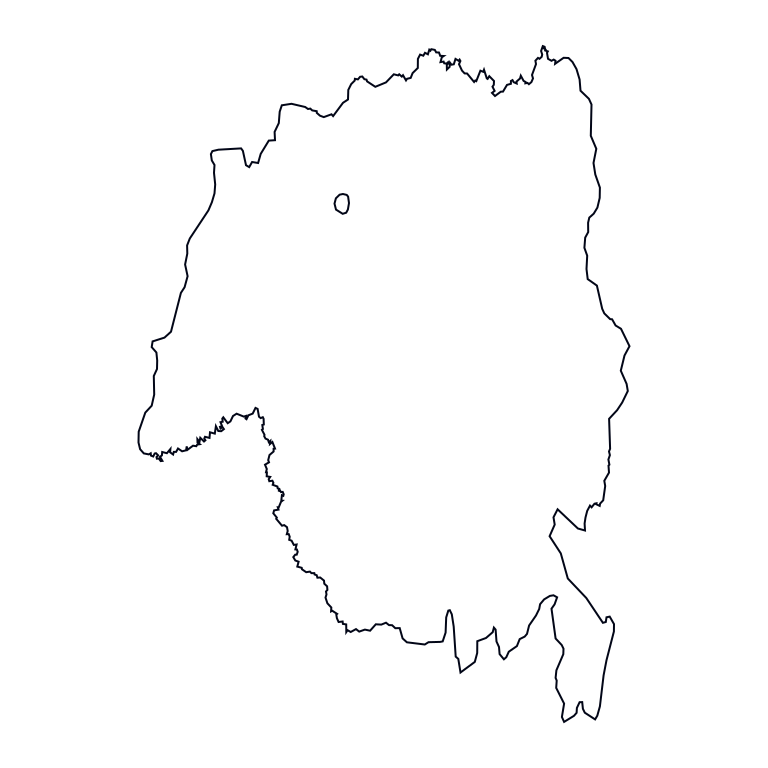 Mwenga, Sud-Kivu, Democratic Republic of the Congo (Equal Earth projection)
{"feature_id": "63176286B33283671139480", "entity_name": "Mwenga", "entity_type": "district", "adm_level": 2, "iso_a3": "COD", "parent_name": "Democratic Republic of the Congo", "parent_adm1": "Sud-Kivu", "projection": "equal_earth", "projection_center": [28.252, -3.387], "detail": "fine", "context": "isolated", "style": "outline", "palette": "ink", "viewbox_px": 768, "rotation_deg": 0, "n_neighbors": 0, "source": "geoboundaries", "source_scale": "gbopen_adm2", "svg_char_len": 6010}
<svg xmlns="http://www.w3.org/2000/svg" viewBox="0 0 768 768"><path d="M603.2,500.3L605.2,486.0L604.3,480.8L609.0,472.6L608.5,465.6L609.4,464.7L608.4,459.5L609.9,455.1L609.0,451.5L610.1,448.8L609.1,418.8L617.1,410.2L622.2,402.5L627.8,391.0L626.6,383.9L620.8,370.7L624.5,355.5L629.5,346.2L621.0,328.8L615.6,325.5L612.1,319.3L610.1,319.1L604.3,313.4L602.2,308.8L596.9,285.6L587.7,279.1L586.5,269.0L587.2,255.7L584.4,247.8L585.2,237.6L588.2,232.1L588.1,222.7L589.3,217.6L593.7,213.7L597.4,207.6L599.7,197.9L599.9,187.6L595.3,174.5L593.5,163.0L596.3,148.8L590.8,135.8L591.5,104.5L588.9,98.8L580.5,90.7L579.6,79.5L576.5,69.1L572.5,62.0L568.5,58.0L563.6,57.8L555.1,63.8L555.5,60.7L553.7,59.6L551.5,60.8L548.0,58.8L547.0,52.8L547.8,51.4L545.2,50.5L545.6,49.6L543.9,48.4L544.9,48.1L544.6,46.8L542.8,46.1L541.1,51.0L542.2,54.5L541.7,56.8L539.5,58.8L538.0,57.9L535.4,60.7L536.0,64.1L532.0,75.0L533.0,78.4L531.4,82.1L528.9,84.2L527.5,82.9L525.4,83.3L525.6,82.0L523.6,80.9L520.8,75.7L520.0,78.5L516.5,81.6L516.7,83.5L513.7,82.2L512.5,80.1L510.9,81.0L510.9,83.8L507.0,84.9L503.0,91.6L500.8,91.7L495.0,96.0L492.0,92.9L494.6,90.9L492.5,86.7L493.8,84.8L494.0,81.0L489.3,76.2L487.6,78.9L486.8,78.4L484.0,69.7L483.2,71.8L480.4,70.7L476.3,81.1L475.3,80.5L474.1,82.0L467.1,73.5L464.6,73.4L462.0,70.6L459.0,64.2L460.4,61.0L459.6,59.6L458.6,60.8L455.5,58.9L453.8,64.3L451.5,64.7L450.0,62.7L449.6,66.9L446.9,69.5L446.8,64.4L448.2,63.7L448.0,62.3L446.5,63.6L444.2,63.3L443.6,61.6L440.5,62.1L441.8,57.3L443.7,56.0L440.2,55.8L439.0,52.5L436.2,52.4L434.8,49.9L431.3,49.2L430.4,50.7L429.3,49.7L427.9,54.3L425.0,52.8L423.3,55.7L420.1,54.6L417.9,58.9L417.8,68.0L412.6,73.1L410.7,77.9L407.0,78.8L406.0,80.4L403.0,75.2L401.8,76.6L399.2,74.3L398.2,75.4L393.8,74.3L386.0,82.4L375.3,86.8L367.1,81.4L366.5,79.6L364.4,79.2L362.3,76.5L360.1,76.8L357.9,79.4L354.9,78.8L354.7,80.6L351.2,84.1L348.3,89.9L348.0,99.5L343.0,102.8L333.1,116.1L331.5,114.3L323.8,117.1L320.0,115.7L316.8,112.9L316.7,111.2L312.2,110.4L310.3,108.6L308.0,109.0L305.2,107.0L291.5,103.8L281.8,105.3L279.7,111.7L278.8,123.1L274.6,131.9L275.0,140.2L268.8,140.6L260.7,153.9L258.1,163.0L252.1,162.0L249.2,167.1L246.0,165.2L242.9,150.9L241.1,148.4L218.4,149.7L212.4,151.1L210.9,154.1L211.8,160.4L214.5,165.0L214.0,172.8L215.2,184.5L214.5,193.4L211.9,202.2L208.4,210.4L189.8,238.5L187.1,245.4L187.3,253.6L185.1,264.5L187.6,276.2L184.6,287.2L180.9,292.9L171.0,331.7L164.5,337.6L152.6,341.4L151.7,347.1L156.4,352.5L157.2,360.5L157.0,369.0L153.8,376.0L154.2,394.6L151.7,405.7L145.3,412.6L138.7,431.7L138.5,442.5L140.1,449.2L143.8,453.4L148.8,454.4L150.7,453.3L151.0,455.6L153.2,456.5L154.7,453.5L156.0,453.2L158.1,455.3L156.5,457.1L156.9,458.7L158.8,458.5L160.7,461.1L162.4,460.9L160.0,456.8L161.9,455.4L162.2,452.0L166.9,453.2L170.4,449.0L170.1,452.3L173.1,454.5L173.8,451.9L176.1,451.9L178.0,448.5L182.1,451.3L186.1,450.3L186.7,446.4L187.5,449.8L193.0,445.7L196.3,446.2L197.2,444.6L199.7,444.2L197.5,442.4L197.4,439.1L199.5,441.8L200.3,437.8L204.0,441.5L205.4,440.3L204.3,438.5L205.0,436.8L209.5,437.9L210.0,432.3L214.8,433.6L215.9,426.2L218.3,431.0L221.2,431.2L223.9,429.1L222.5,427.1L220.5,428.5L220.0,426.8L222.1,426.2L220.5,422.2L222.7,421.7L222.3,418.6L223.3,417.3L227.7,423.2L230.4,421.4L233.0,416.0L236.6,413.7L243.8,416.6L246.0,415.9L245.5,418.5L246.5,419.2L248.4,415.3L252.7,413.6L255.5,407.9L257.6,408.9L259.0,416.7L260.7,418.1L262.8,417.2L263.6,418.8L263.8,424.5L262.3,425.0L262.9,429.0L261.9,429.8L264.5,434.8L264.2,436.2L265.5,438.6L268.0,439.7L268.8,442.2L270.3,440.9L270.0,444.0L272.4,442.0L275.0,448.6L273.6,448.8L273.6,451.5L269.5,455.0L268.2,460.1L269.0,462.3L265.0,464.7L266.8,469.0L266.0,472.3L266.9,472.4L266.7,476.3L270.2,476.9L268.7,479.2L269.3,481.2L272.4,480.7L273.4,482.8L272.7,484.8L277.4,486.5L277.7,488.4L279.2,488.8L278.7,491.5L279.8,490.1L281.0,492.1L282.7,491.9L283.7,494.3L283.3,495.8L281.9,495.2L281.3,500.6L282.4,500.7L281.0,501.8L278.7,507.4L277.8,507.3L278.5,509.6L274.1,510.4L273.3,513.3L276.8,517.6L276.2,518.8L282.0,525.7L284.2,525.1L287.0,527.2L287.7,531.0L286.8,534.2L288.7,534.1L289.7,536.7L289.2,539.8L291.6,540.7L293.8,544.9L296.6,544.5L295.4,549.4L296.9,549.5L297.7,551.8L296.7,554.7L295.2,554.7L293.3,557.1L295.3,560.5L298.6,561.7L297.3,566.6L301.7,567.8L302.0,569.3L306.2,572.2L309.9,571.6L311.4,573.1L314.3,573.1L314.6,574.5L316.7,575.2L317.4,577.7L320.2,577.5L324.0,580.6L324.3,583.7L327.1,586.3L327.4,589.9L326.0,591.5L326.5,594.4L325.5,597.6L327.4,603.3L331.3,607.5L331.1,611.3L332.2,610.7L337.1,613.9L336.3,614.6L336.9,618.2L338.6,622.0L342.6,621.5L342.9,623.9L346.2,624.4L346.3,632.1L347.6,630.2L350.7,632.0L356.0,629.1L359.2,631.6L364.9,629.6L370.1,630.7L375.8,624.3L381.3,624.6L386.0,622.7L389.0,625.1L392.1,625.2L395.3,628.2L399.7,628.1L402.6,638.4L406.9,642.3L424.8,644.5L428.5,642.2L440.2,641.9L442.7,641.4L445.6,632.6L446.2,617.4L448.3,610.6L449.8,610.2L451.8,614.3L453.7,626.6L455.7,656.6L458.3,658.9L460.5,672.5L474.8,661.9L477.2,653.0L477.3,641.2L486.0,638.0L492.7,632.2L493.9,627.6L495.6,629.6L496.5,641.5L499.0,647.0L499.6,654.1L503.9,659.3L506.3,657.2L508.8,651.7L516.9,646.1L519.7,639.1L524.7,636.6L527.0,633.9L529.1,625.5L536.0,615.5L539.2,609.0L540.1,604.2L544.1,599.4L549.9,595.9L553.5,595.3L557.1,597.3L554.6,604.3L551.5,608.7L555.6,638.5L561.7,645.0L563.5,648.7L563.3,654.2L556.4,670.3L555.6,677.9L556.7,680.6L556.2,687.9L564.1,703.6L561.9,717.0L564.1,721.9L574.0,715.8L576.6,712.8L576.9,707.9L579.6,702.2L582.2,702.1L582.9,708.8L584.8,712.7L595.1,719.4L597.3,715.7L599.9,706.4L603.6,675.3L606.5,660.2L613.9,631.5L614.0,624.1L609.7,616.6L606.5,617.3L605.8,622.0L602.9,622.8L586.3,598.0L567.8,578.5L560.8,553.4L549.6,536.2L554.7,524.6L553.5,517.3L557.6,509.3L577.9,528.5L585.0,530.5L584.6,523.5L585.5,517.5L587.2,510.9L590.0,505.6L591.6,507.3L594.5,503.7L596.4,503.3L596.2,504.2L599.7,505.9L600.1,503.6L603.2,500.3ZM335.9,198.3L339.6,194.7L342.9,194.0L346.7,194.9L348.1,196.6L349.0,203.1L347.9,209.5L346.2,212.7L342.7,213.8L336.0,209.6L334.5,203.6L335.9,198.3Z" fill="none" stroke="#020617" stroke-width="2"/></svg>